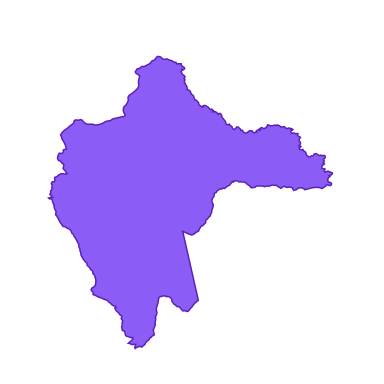 Seringueiras, Rondônia, Brazil, rotated 257°
{"feature_id": "56859067B10080877774160", "entity_name": "Seringueiras", "entity_type": "district", "adm_level": 2, "iso_a3": "BRA", "parent_name": "Brazil", "parent_adm1": "Rondônia", "projection": "orthographic", "projection_center": [-63.234, -11.893], "detail": "fine", "context": "isolated", "style": "filled", "palette": "violet", "viewbox_px": 384, "rotation_deg": 257, "n_neighbors": 0, "source": "geoboundaries", "source_scale": "gbopen_adm2", "svg_char_len": 5953}
<svg xmlns="http://www.w3.org/2000/svg" viewBox="0 0 384 384"><g transform="rotate(257 192 192)"><path d="M85.0,173.8L155.8,174.1L152.0,179.1L150.2,182.0L150.3,183.3L150.6,184.4L151.8,187.1L152.5,189.7L154.1,190.7L157.0,193.7L156.7,194.7L159.0,198.4L160.5,198.7L161.7,199.6L162.0,200.6L163.8,202.9L164.7,204.6L166.0,205.0L167.9,206.7L169.1,206.9L173.0,209.3L174.1,209.4L174.8,210.0L177.4,209.3L178.6,209.3L181.0,210.4L182.9,212.5L185.0,213.2L185.9,213.9L186.0,215.4L186.9,216.1L187.7,217.4L188.7,220.0L188.3,221.4L188.7,223.3L188.1,224.4L188.5,225.5L189.3,226.8L190.3,230.3L193.2,233.8L192.3,234.4L193.3,236.1L192.8,238.3L192.3,239.1L191.3,240.0L190.2,244.6L188.8,246.5L187.5,247.3L184.4,250.0L183.1,250.4L182.6,251.3L182.5,254.7L183.3,256.1L183.1,257.6L181.8,262.4L180.8,264.1L181.0,267.2L180.3,268.2L180.7,271.6L180.3,273.3L179.7,274.3L179.8,275.6L178.3,276.6L175.6,279.5L176.8,282.4L176.6,283.6L175.6,284.6L174.9,286.4L175.0,287.9L174.3,289.4L173.4,290.9L172.2,290.9L170.6,291.5L170.9,292.5L170.7,293.7L171.3,295.5L172.1,296.8L171.3,299.8L170.6,301.2L168.8,302.5L169.1,309.3L168.7,313.9L167.7,317.0L166.1,319.5L167.7,323.9L168.5,324.5L168.7,325.6L167.5,327.0L167.1,328.6L167.8,329.5L169.1,329.9L170.3,328.8L171.1,327.2L172.5,326.8L174.5,327.5L175.4,328.4L176.0,329.9L177.1,329.3L177.2,331.0L178.0,332.7L179.0,333.1L181.8,329.1L181.3,326.5L182.3,325.5L184.4,326.8L185.1,325.8L185.5,324.2L186.3,323.7L189.3,325.4L189.0,326.4L189.6,327.4L191.1,326.5L191.6,327.4L192.5,327.9L193.9,327.3L195.5,329.5L196.7,329.9L197.8,329.5L198.2,326.7L199.0,325.9L198.6,324.6L201.6,321.4L201.4,319.3L200.4,318.6L199.9,317.5L200.4,316.5L199.7,315.3L199.7,314.0L201.5,312.4L203.1,311.8L205.2,311.7L206.9,310.1L208.5,309.6L208.4,308.2L209.1,306.9L210.6,306.1L211.8,308.3L213.1,306.6L213.5,307.8L214.5,308.5L216.1,308.8L217.7,307.8L219.5,308.4L220.9,310.0L222.6,308.0L223.8,307.7L225.1,308.4L225.6,305.9L226.7,304.4L226.6,302.4L228.0,301.9L230.2,302.3L229.6,303.5L230.1,304.4L231.3,303.3L232.7,300.4L232.3,299.3L233.5,297.3L235.0,296.7L235.1,293.6L237.1,291.9L238.2,290.2L237.6,289.2L238.4,288.4L238.7,283.7L239.2,282.6L239.9,282.0L240.4,280.7L238.8,279.7L238.0,278.5L237.6,276.2L239.2,274.2L238.4,272.1L237.3,272.7L236.8,271.7L237.8,270.8L237.0,268.4L235.8,268.5L236.0,267.3L235.6,266.2L236.4,264.8L237.8,264.5L238.7,262.5L238.3,260.4L237.5,259.6L237.3,257.8L237.5,256.7L239.3,255.4L240.9,254.9L240.9,253.5L242.3,253.4L245.0,251.5L245.3,250.1L244.1,248.8L243.4,247.5L244.0,246.4L245.2,245.8L246.8,245.6L247.9,244.5L249.8,243.5L249.4,242.1L249.9,241.1L250.8,240.5L252.3,240.5L253.6,240.2L258.1,238.1L260.5,238.1L262.0,237.4L262.5,236.0L261.8,234.9L262.7,234.6L264.9,233.1L265.6,230.1L266.3,231.3L268.4,229.8L268.0,228.8L269.1,227.8L271.0,226.9L273.5,224.2L273.6,223.0L273.3,221.7L272.3,221.8L272.6,220.4L274.1,219.7L275.0,218.5L277.6,218.4L280.3,217.0L281.3,215.4L285.6,215.0L287.5,213.5L290.5,212.9L291.5,212.5L292.7,210.4L293.9,210.7L296.7,210.6L298.0,209.9L299.2,209.9L301.1,209.2L302.9,210.4L304.4,209.8L305.2,210.9L306.5,211.1L308.7,209.2L311.8,208.3L312.4,209.4L313.7,209.7L312.8,210.5L313.7,212.5L314.7,212.6L315.6,212.1L316.3,211.1L317.7,210.2L319.4,210.3L319.9,208.7L320.2,206.1L322.0,205.5L322.3,204.0L324.6,201.8L325.4,199.9L327.3,197.7L327.5,194.6L328.2,193.4L330.6,191.9L331.8,189.4L331.4,187.9L328.8,184.9L328.9,183.3L328.4,182.0L326.8,180.2L325.3,175.2L325.1,173.8L325.6,171.3L324.2,168.4L324.4,166.5L322.1,163.9L321.0,163.8L320.1,164.3L318.1,166.3L317.0,167.0L314.8,166.2L312.2,164.8L307.1,163.9L305.4,162.6L303.4,159.5L301.3,155.2L300.5,152.7L298.6,150.9L295.8,150.6L293.2,148.9L291.2,146.6L290.7,145.4L290.0,144.6L288.3,143.7L286.1,143.3L284.9,143.4L282.2,144.3L281.0,143.4L281.1,132.5L280.7,130.2L279.9,128.6L280.2,124.3L278.9,119.5L278.6,115.5L279.0,112.8L280.4,110.3L281.6,105.2L282.6,103.8L284.1,102.5L286.7,101.1L287.7,99.6L287.4,98.1L288.4,94.6L288.1,93.4L286.4,92.5L285.2,91.4L284.1,88.4L282.0,84.7L280.8,81.4L279.1,78.8L277.2,76.8L274.5,77.4L272.7,77.3L269.7,78.4L266.4,79.1L262.3,79.4L262.0,76.1L260.2,75.6L259.1,74.8L259.0,73.1L259.7,71.3L257.0,69.2L254.8,68.5L252.7,69.0L252.0,70.3L251.2,71.1L249.1,71.8L248.3,73.1L246.6,73.0L244.0,71.7L242.7,72.2L241.9,73.0L240.7,73.2L238.2,74.4L237.7,73.5L239.2,69.3L239.1,68.0L238.7,66.2L237.2,63.4L237.2,61.6L236.2,61.1L234.2,61.3L233.1,60.2L233.3,58.0L232.3,57.0L231.3,56.8L230.1,57.5L227.9,56.4L226.5,56.4L225.6,55.6L224.9,54.4L222.6,54.1L221.8,53.0L220.5,53.5L219.6,54.4L218.4,55.0L218.4,50.9L217.2,51.8L217.2,52.9L216.2,54.0L213.1,54.0L211.0,54.5L206.4,54.3L204.7,55.0L202.8,55.0L200.5,53.9L199.6,54.7L192.1,56.7L187.4,58.6L186.9,60.2L184.4,62.7L183.6,64.1L181.7,65.3L178.8,65.7L177.6,66.8L175.8,67.0L173.9,67.9L166.3,69.9L163.8,69.5L161.2,69.9L159.2,69.6L158.0,70.1L156.6,69.7L154.7,69.8L151.1,70.9L147.3,72.7L146.5,73.6L144.0,73.4L141.5,75.2L139.4,75.7L137.2,77.5L134.7,77.1L133.5,78.0L131.6,78.4L128.2,78.5L126.7,78.3L124.4,77.6L122.0,76.1L120.8,72.5L119.1,71.6L116.5,73.0L115.5,73.1L114.6,72.5L113.8,73.1L113.4,74.1L110.5,77.4L109.1,80.1L108.1,81.0L105.3,85.3L103.8,85.9L101.8,87.6L100.2,88.5L99.1,89.5L98.1,91.4L96.9,92.0L96.5,90.8L95.2,90.8L93.1,91.6L90.5,93.5L89.2,93.7L86.8,95.7L84.4,94.5L83.2,95.2L81.7,95.5L80.3,94.4L78.7,94.3L76.0,93.0L72.7,93.0L72.1,94.6L70.2,95.0L67.5,95.0L66.2,95.7L65.7,96.9L63.7,99.9L63.5,101.4L62.2,101.3L61.0,99.9L59.0,95.9L58.1,97.6L56.7,99.3L56.7,100.7L56.3,102.9L53.4,101.2L52.3,101.5L53.2,103.4L53.1,104.5L53.5,106.1L52.2,108.2L52.9,109.2L53.2,110.2L54.1,111.9L55.4,112.7L56.5,114.3L57.6,116.6L58.3,117.5L59.3,118.1L59.4,119.3L60.4,120.4L61.3,123.2L66.2,123.2L70.7,126.4L72.3,126.5L77.1,128.3L78.6,128.1L79.9,129.5L82.3,130.7L85.3,130.8L86.7,131.1L91.0,133.6L96.4,135.9L97.1,137.0L97.2,140.6L96.9,142.3L95.7,143.6L95.7,144.6L95.0,146.4L92.5,148.1L90.3,147.8L86.8,149.2L86.0,150.1L83.7,151.6L83.1,153.6L78.1,156.4L78.1,158.0L76.5,160.7L77.0,162.1L79.0,164.4L80.4,166.7L81.6,167.8L83.0,169.7L85.0,173.8Z" fill="#8b5cf6" stroke="#5b21b6" stroke-width="1.5"/></g></svg>